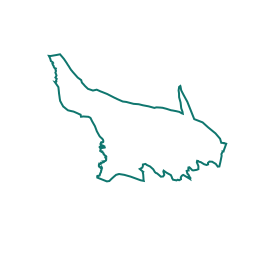 the district of Kolahun, Lofa, Liberia, rotated 290°
{"feature_id": "62588387B25205457381815", "entity_name": "Kolahun", "entity_type": "district", "adm_level": 2, "iso_a3": "LBR", "parent_name": "Liberia", "parent_adm1": "Lofa", "projection": "equal_earth", "projection_center": [-10.197, 8.109], "detail": "fine", "context": "isolated", "style": "outline", "palette": "teal", "viewbox_px": 256, "rotation_deg": 290, "n_neighbors": 0, "source": "geoboundaries", "source_scale": "gbopen_adm2", "svg_char_len": 4484}
<svg xmlns="http://www.w3.org/2000/svg" viewBox="0 0 256 256"><g transform="rotate(290 128 128)"><path d="M146.8,225.7L146.8,225.1L146.5,223.5L146.7,223.4L146.0,220.7L149.4,218.2L152.9,212.0L156.0,203.1L158.8,196.2L159.0,187.2L172.9,174.8L178.1,168.9L181.6,165.1L185.2,163.0L185.4,162.8L184.1,162.0L180.6,162.7L178.0,164.1L174.4,165.5L169.9,168.7L164.7,171.3L162.0,173.6L160.2,174.6L160.2,173.6L160.3,172.9L160.7,170.8L160.3,167.5L159.7,163.8L159.4,162.4L159.2,157.7L158.8,153.5L158.2,151.2L157.1,147.6L155.9,145.9L155.4,140.0L154.4,133.9L154.4,133.7L154.0,129.9L152.7,125.3L152.6,124.9L151.9,117.5L151.1,114.0L151.5,108.1L151.7,106.4L151.8,105.0L152.7,97.7L152.8,97.2L153.0,91.1L153.0,89.7L153.2,87.1L153.3,85.5L151.2,82.2L151.2,81.6L151.1,77.0L152.7,73.3L154.1,70.8L154.2,70.5L154.8,69.4L155.1,69.0L157.0,67.6L158.2,63.5L161.9,56.7L162.6,55.6L163.0,54.8L164.5,52.8L165.8,51.2L167.0,49.5L167.7,48.7L170.1,45.4L170.9,44.3L172.2,42.1L173.2,40.3L174.0,38.9L172.0,35.6L169.1,30.5L168.7,29.0L167.9,29.9L166.7,31.1L165.2,32.2L164.5,32.7L164.0,34.8L163.5,35.4L162.7,34.9L161.5,35.9L161.1,36.7L160.1,37.3L159.8,37.8L159.2,38.5L159.2,39.9L157.9,39.9L157.2,40.7L156.3,40.9L155.3,40.8L154.3,41.6L154.2,41.8L152.8,42.9L150.6,42.5L149.8,44.2L147.9,44.2L147.2,44.8L146.0,44.5L146.0,43.8L144.6,45.8L142.6,48.6L141.6,49.1L141.4,49.2L137.5,51.1L137.2,51.2L134.6,52.6L132.3,53.8L130.2,55.0L129.8,55.5L128.5,56.9L126.1,59.7L126.0,59.8L125.7,60.9L125.1,62.5L124.3,64.9L124.2,65.3L124.1,65.6L124.5,69.0L124.8,71.1L124.8,71.5L124.6,74.6L124.5,76.2L124.4,76.9L124.3,78.9L122.5,80.0L123.0,81.0L123.7,82.4L123.8,82.9L125.0,87.0L124.7,89.2L123.7,90.3L122.7,91.3L122.4,91.6L120.6,93.7L119.0,95.6L118.4,96.3L115.5,98.8L114.3,99.8L113.0,101.3L111.0,103.6L110.6,104.1L110.0,105.2L109.5,106.5L109.1,107.4L109.1,107.5L108.6,108.2L108.5,108.4L107.8,109.0L106.9,109.4L106.4,109.5L106.2,109.4L105.6,108.8L105.7,108.1L105.3,107.6L104.9,107.6L104.0,107.9L103.5,107.6L103.4,107.7L102.9,108.1L102.6,108.2L101.9,108.6L101.6,109.4L101.9,110.1L102.2,110.1L102.9,109.6L102.9,110.2L102.5,110.4L102.0,110.4L101.7,110.9L102.1,111.1L102.6,111.0L102.8,111.2L102.7,111.8L102.3,111.7L101.9,112.4L101.8,112.8L101.6,112.8L101.4,112.3L101.0,111.6L101.2,111.3L101.4,110.8L101.2,110.2L101.2,109.8L100.9,109.5L101.0,109.0L100.7,108.8L100.5,108.0L100.3,108.1L100.2,108.6L99.9,109.3L99.7,108.8L99.5,109.1L99.1,109.2L98.9,109.5L98.2,109.7L97.5,109.6L97.3,109.6L97.0,109.7L97.1,110.4L96.9,111.0L97.0,111.3L96.6,111.4L96.8,111.9L96.5,111.9L96.4,112.4L96.1,112.8L96.0,113.5L95.5,114.0L94.9,114.2L94.7,115.1L94.1,115.6L94.2,116.2L94.2,116.3L94.0,117.0L93.5,117.5L93.1,117.2L92.4,116.9L92.2,117.4L91.9,117.6L91.6,118.1L91.0,118.1L90.6,118.4L90.0,118.4L89.2,117.9L88.8,117.2L88.8,117.3L87.6,116.9L86.7,115.4L85.9,115.2L85.9,114.4L84.9,114.5L84.7,113.3L84.1,113.5L83.9,113.6L83.7,113.2L82.3,113.6L81.7,114.3L81.9,114.9L81.1,115.9L81.3,116.5L82.2,116.6L81.5,117.3L80.6,117.1L79.7,117.5L79.1,117.2L77.5,117.7L76.7,117.5L75.8,117.5L75.2,117.4L74.1,117.6L73.5,117.5L73.2,116.9L72.7,116.0L71.6,116.5L71.6,115.8L70.9,116.1L70.6,126.4L71.8,128.6L74.6,129.9L77.6,131.5L80.0,132.9L80.9,134.3L81.0,134.3L81.7,135.3L82.7,140.5L83.2,147.0L83.2,154.2L83.2,157.8L83.7,160.9L84.5,160.4L89.7,158.1L90.6,157.5L91.0,157.3L91.6,156.9L92.0,157.2L93.1,154.2L93.5,153.1L93.7,153.3L95.7,155.0L96.6,155.0L97.3,155.0L98.8,154.5L100.0,156.4L100.2,156.7L99.7,158.4L99.4,161.9L97.8,165.9L95.8,168.3L95.3,169.6L95.3,170.8L94.3,173.6L93.5,175.5L93.8,176.2L94.5,177.6L96.4,178.1L99.2,176.1L100.1,176.1L99.2,179.3L98.9,181.2L98.4,184.4L96.9,185.9L96.8,186.0L96.0,186.5L95.3,187.4L94.8,188.0L95.4,191.6L95.7,191.8L96.4,192.4L96.4,193.3L96.4,193.9L96.9,194.4L97.7,195.0L98.0,195.3L99.7,194.5L101.5,194.9L102.2,195.4L102.8,195.9L102.8,196.1L101.4,203.3L101.5,203.2L101.3,203.9L102.1,203.8L102.3,203.8L102.7,203.1L104.9,200.7L105.1,200.2L105.4,199.5L105.5,199.5L106.1,199.0L107.7,197.8L108.3,198.4L108.4,198.6L108.8,199.5L110.7,198.5L111.6,198.3L112.1,199.1L111.1,201.3L110.3,202.9L110.6,204.1L110.9,204.6L112.2,206.9L112.3,207.0L113.4,208.2L115.3,207.5L115.5,207.5L116.5,207.0L119.3,204.4L120.8,204.2L120.9,204.8L121.0,205.2L120.6,206.1L120.8,208.1L120.0,211.8L120.1,214.5L121.2,215.7L121.7,215.4L122.6,215.1L124.3,216.0L125.1,218.7L124.8,220.0L124.3,222.7L122.4,225.6L122.6,225.9L122.9,226.6L123.1,227.0L128.0,226.4L133.9,225.5L135.4,224.7L135.9,224.8L138.2,225.0L138.4,224.9L138.5,225.4L138.6,225.8L139.7,225.7L146.8,225.7Z" fill="none" stroke="#0f766e" stroke-width="2"/></g></svg>